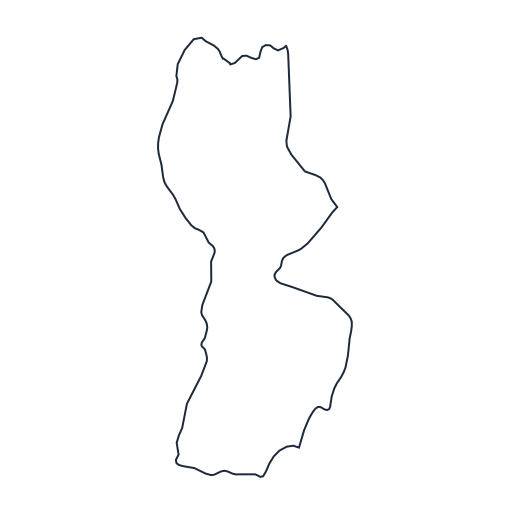 map outline of Mechi (orthographic projection), rotated 177°
{"feature_id": "NPL-1135", "entity_name": "Mechi", "entity_type": "Administrative Zone", "adm_level": 1, "iso_a3": "NPL", "parent_name": "Nepal", "parent_adm1": "", "projection": "orthographic", "projection_center": [87.832, 27.137], "detail": "fine", "context": "isolated", "style": "outline", "palette": "slate", "viewbox_px": 512, "rotation_deg": 177, "n_neighbors": 0, "source": "natural_earth", "source_scale": "10m", "svg_char_len": 2182}
<svg xmlns="http://www.w3.org/2000/svg" viewBox="0 0 512 512"><g transform="rotate(177 256 256)"><path d="M263.1,35.2L268.1,38.0L287.9,39.0L290.6,39.8L296.0,42.5L299.0,43.2L302.4,42.6L309.1,39.8L312.1,39.5L317.8,41.4L328.7,47.5L334.4,48.7L340.7,50.2L344.1,51.5L346.2,53.2L346.7,56.5L343.7,61.8L345.0,73.6L342.4,80.8L338.7,88.2L332.7,112.1L317.0,139.1L310.6,153.6L310.3,156.7L310.6,159.4L311.8,165.0L312.5,166.2L314.8,168.6L315.2,169.9L314.7,172.3L313.5,174.0L312.2,175.4L311.2,177.3L309.1,183.9L308.4,187.1L308.7,191.0L309.8,194.1L313.0,199.7L313.6,202.9L312.1,210.0L305.9,224.0L302.0,232.8L301.1,252.9L297.3,261.2L296.9,263.6L297.3,265.9L298.5,268.1L302.6,272.0L307.2,282.3L311.8,285.2L315.7,287.0L319.1,290.2L324.4,297.7L329.6,306.9L333.4,317.0L335.6,321.4L341.4,330.1L343.6,334.6L344.6,339.5L345.6,351.8L347.8,363.2L348.2,368.6L347.8,374.0L346.7,379.7L342.5,392.3L331.0,415.0L327.3,427.3L325.5,433.5L325.3,436.4L326.1,440.0L324.1,451.7L316.4,465.5L306.8,475.8L298.8,476.8L295.1,473.2L286.8,468.2L283.2,464.8L281.6,462.1L279.9,457.1L278.7,454.8L278.1,454.9L271.9,449.8L271.6,448.7L267.1,449.8L259.3,456.5L254.9,456.5L250.1,454.0L245.8,452.5L242.5,453.8L240.8,459.8L238.9,464.2L235.2,466.1L230.9,465.6L227.5,462.5L223.3,460.2L217.7,462.2L215.0,464.3L214.9,464.2L213.7,460.4L213.3,456.0L214.1,393.6L219.6,369.7L219.5,365.1L219.1,363.0L215.3,355.3L202.8,338.0L202.2,337.7L192.2,333.6L187.8,331.1L185.6,328.8L183.5,325.4L177.8,308.8L172.3,300.6L177.3,295.8L189.3,280.9L203.6,266.0L210.2,261.1L213.2,259.5L224.6,255.5L226.9,254.2L228.8,252.6L230.1,250.4L230.8,248.0L231.4,245.2L232.5,242.9L236.4,239.4L237.9,237.5L238.5,236.0L238.5,234.2L237.9,232.3L236.9,230.4L233.0,227.5L222.2,223.4L197.5,213.1L186.2,210.9L183.4,209.6L181.6,208.2L166.3,191.5L164.8,188.8L163.8,185.5L164.0,181.1L164.9,176.0L166.8,168.8L169.4,151.8L172.4,140.2L174.4,135.6L177.2,130.8L182.0,124.5L184.9,119.4L187.8,111.6L189.9,101.3L191.1,99.2L193.1,98.5L194.9,98.9L196.7,99.9L198.3,101.1L200.3,102.0L202.1,102.0L204.6,100.5L207.4,97.3L211.5,91.1L217.0,79.7L223.1,62.4L228.6,64.6L235.3,64.0L242.8,60.4L248.7,55.0L253.5,48.1L257.4,40.2L260.4,35.7L263.1,35.2Z" fill="none" stroke="#1e293b" stroke-width="2"/></g></svg>